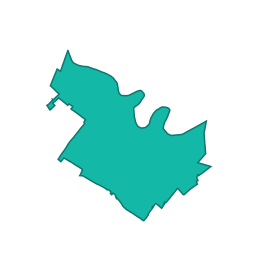 outline of Manoleasa, Botosani, Romania, rotated 341°
{"feature_id": "2599482B28804438826094", "entity_name": "Manoleasa", "entity_type": "district", "adm_level": 2, "iso_a3": "ROU", "parent_name": "Romania", "parent_adm1": "Botosani", "projection": "albers", "projection_center": [27.057, 48.009], "detail": "fine", "context": "isolated", "style": "filled", "palette": "teal", "viewbox_px": 256, "rotation_deg": 341, "n_neighbors": 0, "source": "geoboundaries", "source_scale": "gbopen_adm2", "svg_char_len": 5629}
<svg xmlns="http://www.w3.org/2000/svg" viewBox="0 0 256 256"><g transform="rotate(341 128 128)"><path d="M126.0,210.9L128.7,208.9L129.4,208.5L129.6,208.5L129.9,208.7L130.2,209.0L133.7,214.9L136.3,212.9L137.9,211.6L137.6,211.5L137.2,211.2L138.9,209.7L139.8,210.8L145.0,207.7L146.6,206.6L149.1,205.1L149.9,204.6L150.9,204.0L152.5,202.9L154.8,201.4L155.1,201.4L155.4,201.4L156.3,203.5L157.2,205.6L158.1,208.0L158.4,208.7L158.6,209.0L158.9,209.2L159.2,209.3L159.4,209.3L161.1,208.5L162.0,208.2L164.5,207.1L165.7,206.7L166.4,206.4L167.6,205.9L172.6,204.4L174.2,204.0L175.3,203.8L175.2,200.7L177.0,200.5L176.8,197.4L177.2,196.9L178.3,195.4L179.0,194.9L179.3,196.0L183.9,194.7L193.8,191.4L182.7,183.5L193.1,177.5L194.3,172.6L194.5,172.2L194.6,171.8L195.5,167.9L198.2,157.7L204.3,147.0L194.3,148.8L177.1,151.7L166.9,149.3L166.2,148.8L165.6,148.3L164.4,147.3L163.8,146.6L163.6,146.3L163.1,145.3L162.8,144.6L162.6,143.8L162.2,143.0L161.7,141.3L161.3,140.7L161.2,140.3L161.3,139.6L161.6,139.0L161.9,138.4L162.4,137.5L164.1,135.1L164.5,134.5L166.4,132.9L166.9,132.3L167.4,132.0L168.3,130.9L169.2,130.0L171.2,127.6L171.6,127.1L172.2,126.3L173.1,125.3L173.2,125.0L173.3,124.7L173.4,124.3L173.3,123.7L173.1,123.1L172.7,122.5L172.0,121.8L170.7,120.8L169.5,120.2L168.0,119.6L167.7,119.5L167.3,119.3L166.9,119.2L164.8,119.5L164.2,119.7L163.2,120.1L162.8,120.1L162.1,120.1L161.8,120.1L160.5,120.6L159.8,120.8L158.6,121.5L158.0,121.8L157.4,122.2L156.0,123.2L155.2,123.9L155.0,124.2L153.1,125.8L152.9,126.0L152.7,126.4L152.0,127.2L151.6,127.8L151.2,128.4L150.4,129.5L150.3,129.8L149.9,130.4L149.3,131.2L148.3,131.7L146.6,132.4L145.4,133.0L144.3,133.2L141.5,132.7L140.5,132.3L139.9,131.9L139.4,131.4L138.7,130.6L138.0,129.7L137.5,128.3L137.3,127.6L137.3,126.9L137.1,125.1L137.2,123.6L137.6,120.8L137.6,120.1L137.7,119.3L137.9,118.6L138.2,117.2L138.6,115.8L138.8,115.1L139.1,113.7L139.2,113.4L139.3,112.9L139.4,112.6L139.5,112.0L139.6,111.6L140.0,111.0L140.3,110.8L141.0,110.4L142.4,109.9L144.7,109.3L146.1,108.7L146.8,108.4L148.1,107.5L149.5,106.3L151.0,105.1L151.7,104.7L152.3,104.3L153.5,103.3L154.0,102.7L154.2,102.3L154.2,101.9L154.2,100.4L153.9,99.7L153.0,97.5L152.8,97.2L152.2,96.7L151.8,96.6L151.1,96.3L150.3,96.3L148.8,96.2L148.0,96.3L146.5,96.5L144.5,96.8L143.4,96.9L141.1,97.2L140.3,97.3L139.6,97.4L139.1,97.4L138.2,97.2L137.5,97.1L136.3,96.7L133.3,95.5L132.7,95.2L132.4,95.0L131.8,94.3L131.0,92.4L130.9,91.1L131.4,87.9L131.6,86.9L131.8,86.2L131.8,85.5L132.1,83.6L132.2,82.4L132.2,81.6L132.1,80.8L132.0,80.4L131.6,79.8L131.2,78.7L130.6,76.8L130.2,75.7L129.3,74.4L129.0,73.7L128.7,73.4L128.2,72.8L127.2,71.7L126.7,71.1L124.9,69.3L124.3,68.8L122.8,67.5L121.6,66.6L121.0,66.1L119.2,64.5L117.4,62.8L116.4,62.0L114.3,60.6L113.7,60.0L112.3,59.0L111.8,58.5L110.2,57.2L108.9,56.5L105.6,55.1L102.6,53.3L101.4,52.5L99.3,50.5L98.3,49.5L97.9,48.9L97.4,48.0L97.1,47.0L96.8,45.9L96.7,44.1L96.7,41.6L96.5,39.5L96.5,35.7L96.5,35.3L96.4,35.2L94.6,37.4L94.1,37.9L92.8,39.6L90.6,42.3L90.3,42.7L90.0,43.2L88.1,45.5L87.0,46.8L82.7,52.4L81.7,51.1L81.3,50.6L80.2,49.2L75.1,55.0L71.1,59.6L68.3,62.9L69.2,64.2L69.7,65.3L71.0,67.7L71.2,68.1L71.5,69.0L71.8,69.5L72.2,70.2L72.8,71.5L74.0,73.6L72.7,74.2L70.0,75.3L68.9,75.9L66.6,76.8L66.4,76.8L66.2,76.6L66.0,76.3L65.9,76.2L65.9,76.3L66.0,76.8L65.8,77.3L65.6,77.4L65.5,77.5L64.9,77.5L63.6,78.2L62.5,78.8L60.9,79.6L59.9,80.0L59.7,80.0L58.7,80.2L59.2,82.1L59.6,83.6L59.8,84.6L60.0,85.5L60.7,85.5L60.9,85.5L61.1,85.4L61.2,85.0L61.9,84.7L62.2,84.6L63.1,84.3L66.1,82.9L65.9,82.6L65.8,81.9L65.5,81.5L65.3,80.9L65.2,80.6L65.0,80.0L67.8,79.0L72.4,77.1L73.2,78.6L74.5,80.5L75.8,82.7L76.7,84.1L78.4,86.9L80.2,86.0L80.6,86.9L80.8,87.1L81.8,88.3L82.7,90.0L80.3,91.4L80.7,92.2L82.3,94.2L84.1,96.7L86.9,100.8L87.1,101.2L87.9,102.3L88.1,102.7L88.2,102.9L88.8,103.7L90.6,106.4L88.5,107.8L88.1,108.7L88.1,108.9L88.1,109.2L88.4,109.8L86.4,111.0L85.4,111.6L84.8,111.9L83.6,112.6L78.9,115.7L74.7,118.3L74.2,118.8L73.1,119.4L72.6,119.7L72.2,119.9L69.2,121.6L66.2,123.7L62.6,126.8L60.0,128.7L59.4,129.1L58.8,129.4L58.4,129.8L57.7,130.2L57.0,130.8L56.6,131.1L53.7,133.3L53.2,133.8L52.2,134.5L51.7,134.9L53.6,138.0L57.2,135.7L57.6,135.5L61.2,139.6L61.4,139.8L61.4,140.0L61.7,140.5L62.0,140.4L63.4,142.1L66.7,146.4L67.9,147.8L68.3,148.3L68.5,148.6L71.4,152.1L70.7,152.8L70.7,153.1L70.9,153.5L70.8,153.8L70.0,154.5L69.5,154.6L69.4,154.7L69.0,155.4L68.8,155.7L66.9,157.2L66.8,157.3L69.8,158.6L70.0,158.7L70.2,159.0L78.7,169.1L79.5,170.0L80.8,171.3L81.3,171.7L81.9,172.3L82.7,173.0L83.7,174.2L83.9,174.4L85.6,176.2L86.0,176.6L86.2,176.9L87.1,177.9L87.3,178.2L87.6,178.5L87.7,178.9L87.7,179.3L87.9,179.5L88.4,179.7L88.9,179.7L89.0,179.8L89.4,180.1L89.7,180.6L89.9,180.7L90.3,181.4L91.2,183.0L90.6,183.5L90.0,184.1L90.9,185.8L92.4,184.7L92.8,185.1L93.2,185.5L93.5,186.0L94.3,187.3L94.2,187.4L94.0,188.6L94.3,189.3L94.2,189.4L94.0,189.6L94.0,189.8L94.1,191.1L94.3,191.3L95.0,191.0L96.0,193.8L96.1,194.0L96.1,194.3L96.2,194.5L96.4,194.9L96.5,195.3L97.1,197.2L97.1,197.4L97.2,197.9L97.4,198.8L97.8,200.4L98.1,201.1L98.7,202.2L99.3,203.4L99.7,204.1L100.4,205.1L101.2,206.0L101.6,206.6L102.7,208.0L103.0,208.3L103.7,209.1L104.5,210.0L105.0,210.6L105.7,211.8L106.4,212.6L108.3,215.1L108.9,215.9L110.5,217.8L110.8,218.2L110.9,218.3L110.9,218.5L111.0,218.9L111.0,219.0L111.7,219.5L111.9,219.9L112.1,220.1L112.3,220.5L112.7,220.8L112.9,220.8L114.1,220.0L114.8,219.6L115.2,219.3L115.9,218.9L116.2,218.9L116.5,218.7L116.8,218.3L116.8,218.2L117.5,217.7L119.0,216.7L118.9,216.1L122.2,213.7L125.4,211.5L125.3,211.4L125.1,211.1L125.1,210.9L125.2,210.6L125.3,210.4L125.5,210.2L125.6,210.3L126.0,210.9Z" fill="#14b8a6" stroke="#0f766e" stroke-width="1.5"/></g></svg>